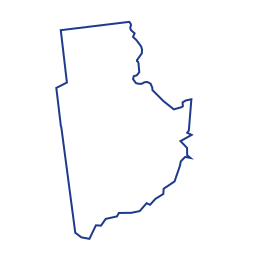 outline of Wakulla, Florida, United States of America, rotated 263°
{"feature_id": "52423323B44157144266829", "entity_name": "Wakulla", "entity_type": "district", "adm_level": 2, "iso_a3": "USA", "parent_name": "United States of America", "parent_adm1": "Florida", "projection": "natural_earth1", "projection_center": [-84.385, 30.132], "detail": "fine", "context": "isolated", "style": "outline", "palette": "blue", "viewbox_px": 256, "rotation_deg": 263, "n_neighbors": 0, "source": "geoboundaries", "source_scale": "gbopen_adm2", "svg_char_len": 935}
<svg xmlns="http://www.w3.org/2000/svg" viewBox="0 0 256 256"><g transform="rotate(263 128 128)"><path d="M30.5,62.9L25.2,68.3L22.7,76.2L35.3,84.3L34.4,89.3L40.5,94.8L41.6,106.3L44.8,108.6L43.4,120.9L44.1,129.5L51.1,137.3L49.1,140.5L54.4,146.7L58.2,155.0L63.4,156.0L69.3,167.7L84.1,174.9L88.4,176.3L92.3,181.1L90.7,186.3L93.8,183.4L101.0,184.2L108.6,178.5L113.4,190.3L116.1,186.2L118.2,188.1L148.8,194.4L148.3,188.8L146.8,185.3L142.9,185.1L142.2,183.9L140.9,175.8L150.1,166.7L162.6,156.9L165.2,157.0L169.2,155.8L171.3,152.8L171.4,149.9L170.2,147.0L170.7,143.4L171.7,141.3L175.8,139.0L178.7,140.0L179.2,143.1L182.0,146.0L191.2,146.3L192.7,145.9L193.3,145.1L194.2,145.1L200.4,150.8L204.0,151.5L207.4,151.0L214.3,147.0L217.7,144.1L221.2,146.1L224.7,142.9L227.3,142.4L229.7,143.5L231.0,143.4L233.2,142.2L233.3,73.2L180.6,72.9L176.5,61.7L166.4,61.7L138.1,61.6L137.0,61.9L30.5,62.9Z" fill="none" stroke="#1e3a8a" stroke-width="2"/></g></svg>